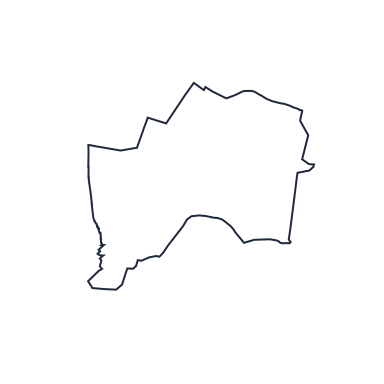 outline of Monclova, Coahuila, Mexico, rotated 324°
{"feature_id": "50627088B80535249713171", "entity_name": "Monclova", "entity_type": "district", "adm_level": 2, "iso_a3": "MEX", "parent_name": "Mexico", "parent_adm1": "Coahuila", "projection": "natural_earth1", "projection_center": [-101.35, 26.881], "detail": "fine", "context": "isolated", "style": "outline", "palette": "slate", "viewbox_px": 384, "rotation_deg": 324, "n_neighbors": 0, "source": "geoboundaries", "source_scale": "gbopen_adm2", "svg_char_len": 3736}
<svg xmlns="http://www.w3.org/2000/svg" viewBox="0 0 384 384"><g transform="rotate(324 192 192)"><path d="M241.4,290.9L242.4,290.3L242.3,287.8L242.3,287.4L249.6,279.9L254.8,274.4L258.0,271.0L261.3,267.5L265.3,263.3L265.8,262.8L267.4,261.0L269.8,258.4L270.5,257.7L271.7,256.5L273.7,254.3L274.1,253.8L275.1,252.8L275.5,252.4L276.2,251.6L276.8,251.0L277.9,249.9L278.0,249.7L278.7,249.0L281.0,246.5L285.2,242.0L288.6,238.5L290.9,239.5L296.8,242.3L297.3,242.6L297.9,242.9L299.0,243.4L299.5,243.6L300.1,243.5L301.2,243.4L301.6,243.4L305.2,243.0L306.0,241.7L306.8,241.4L303.0,238.2L300.3,230.3L319.4,214.4L320.4,205.8L321.4,197.8L323.8,195.6L329.0,191.1L328.6,189.9L327.3,189.2L326.8,187.3L324.2,183.8L321.4,179.0L318.4,174.9L315.9,172.4L310.2,165.6L306.9,160.1L306.6,159.4L305.0,155.3L303.4,152.1L302.0,148.5L299.9,145.4L293.6,141.0L291.6,140.3L283.6,138.9L274.8,136.4L269.2,125.7L267.9,123.2L267.7,122.8L265.0,116.1L264.5,115.0L261.5,116.5L257.6,104.8L243.4,109.5L211.4,121.3L204.6,112.2L199.9,105.8L196.2,108.4L188.9,113.2L187.9,114.0L174.1,123.4L173.6,123.9L172.8,123.5L158.6,116.5L145.2,102.7L142.5,100.0L136.6,93.7L135.7,93.1L135.0,94.2L131.3,99.5L130.8,100.2L128.1,103.8L125.6,107.1L124.0,109.2L123.0,110.4L123.3,110.7L118.5,117.0L117.1,119.6L116.8,119.4L116.1,120.7L115.3,122.3L114.2,124.2L112.9,126.6L112.3,127.8L111.8,128.6L111.4,129.4L110.3,131.5L108.9,134.2L107.1,137.3L105.1,140.9L104.6,141.7L104.2,142.5L104.1,142.3L102.1,145.7L102.1,145.8L101.4,147.0L100.7,148.3L99.8,149.8L99.6,150.2L99.1,151.1L98.7,151.9L98.1,153.0L97.2,154.5L96.9,155.1L96.8,155.5L96.7,155.9L96.5,156.6L96.4,156.8L96.3,157.3L96.2,157.5L96.3,157.5L96.3,157.8L96.3,158.0L96.2,158.1L96.1,158.4L96.1,158.5L96.1,159.0L96.1,159.3L96.1,159.5L96.0,159.8L95.9,159.9L95.9,160.0L95.8,160.3L95.8,160.5L95.7,160.7L95.7,160.8L95.7,161.0L95.9,161.5L96.1,161.7L96.0,162.0L95.8,162.3L95.7,162.6L95.6,162.9L95.6,163.0L95.4,163.2L95.4,163.3L95.1,163.8L94.9,164.0L95.3,164.4L95.1,164.6L94.8,165.1L95.2,165.5L94.9,165.9L94.6,166.4L95.0,166.7L94.9,166.9L95.1,167.1L94.9,167.3L94.8,167.5L94.7,167.6L94.5,167.4L94.4,167.7L94.1,168.1L94.0,168.4L93.9,168.6L93.7,169.2L93.5,169.8L93.3,170.5L93.7,170.8L93.6,171.0L93.4,171.3L93.8,171.7L93.5,172.1L93.4,172.3L93.3,172.5L93.2,172.5L92.9,173.0L92.7,173.2L92.6,173.5L92.4,173.7L92.3,174.0L92.1,174.2L91.9,174.4L91.8,174.7L91.6,174.9L91.4,175.3L91.1,176.0L91.0,175.9L90.7,176.4L90.5,176.2L90.4,176.3L90.4,176.5L90.3,176.8L90.2,177.0L90.1,177.3L90.0,177.5L89.9,177.6L89.8,177.8L89.7,178.0L89.5,178.3L89.4,178.4L89.3,178.5L89.2,178.6L89.1,178.8L89.0,179.0L88.9,179.1L88.8,179.3L88.7,179.5L88.6,179.8L88.5,180.0L88.6,180.3L88.6,180.5L88.8,180.7L88.7,180.8L88.4,180.9L88.3,181.0L88.5,181.0L88.5,181.3L88.4,181.3L88.3,181.5L88.2,181.7L87.9,181.8L87.7,181.8L88.1,182.1L89.5,183.1L88.4,183.2L86.7,183.4L85.1,183.6L83.9,183.7L82.9,183.8L82.6,183.8L82.7,185.2L82.4,185.2L82.5,186.1L79.3,186.4L79.3,186.7L79.4,187.0L79.5,187.5L79.7,187.9L80.0,188.5L80.2,188.8L80.6,189.3L81.5,190.1L82.4,190.9L82.8,191.2L82.7,191.2L81.6,191.3L78.3,191.6L78.5,194.1L73.8,197.9L74.0,200.5L74.1,201.3L70.0,201.0L69.9,201.0L69.6,201.1L69.4,201.1L55.5,203.1L55.0,211.2L55.9,212.0L64.6,219.5L73.1,226.3L73.4,226.4L80.9,225.8L94.7,215.8L99.1,219.4L102.8,219.1L103.0,219.1L107.6,215.7L108.1,215.3L110.6,217.8L119.2,219.8L125.5,222.8L127.6,225.2L129.3,224.9L133.6,224.0L140.9,221.3L149.4,218.8L162.9,214.9L164.6,214.4L171.8,211.3L177.3,211.3L182.9,214.5L184.1,215.2L189.0,219.5L194.8,225.9L197.3,227.9L200.1,231.7L201.4,235.6L203.0,241.6L203.2,242.3L203.6,246.5L203.3,249.5L204.2,263.7L214.2,267.2L227.3,276.1L231.8,280.7L233.2,282.9L233.3,284.2L234.1,285.8L235.4,286.7L235.8,287.3L237.8,288.4L239.5,289.8L241.4,290.9Z" fill="none" stroke="#1e293b" stroke-width="2"/></g></svg>